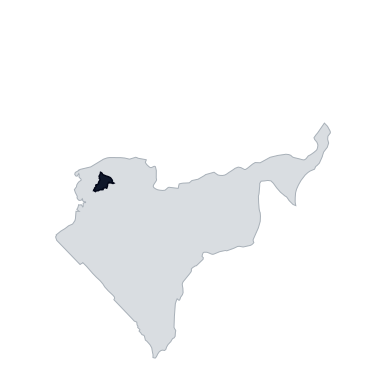 location of Kupe-Manenguba, Sud-Ouest, Cameroon, rotated 46°
{"feature_id": "32672807B45405319599490", "entity_name": "Kupe-Manenguba", "entity_type": "district", "adm_level": 2, "iso_a3": "CMR", "parent_name": "Cameroon", "parent_adm1": "Sud-Ouest", "projection": "mercator", "projection_center": [9.612, 5.042], "detail": "fine", "context": "in_parent", "style": "filled", "palette": "ink", "viewbox_px": 384, "rotation_deg": 46, "n_neighbors": 0, "source": "geoboundaries", "source_scale": "gbopen_adm2", "svg_char_len": 4649}
<svg xmlns="http://www.w3.org/2000/svg" viewBox="0 0 384 384"><g transform="rotate(46 192 192)"><path d="M97.5,258.5L98.2,256.5L103.6,247.4L106.9,232.9L108.5,229.4L110.1,227.2L117.8,219.4L120.7,216.9L125.0,214.1L127.9,208.4L128.9,207.8L130.3,207.3L137.0,202.5L137.6,203.4L138.0,204.6L138.5,205.1L140.7,205.5L143.7,205.4L145.4,205.1L146.3,204.1L147.2,201.4L147.8,200.9L148.5,200.8L151.7,202.7L157.1,208.0L158.5,208.9L159.1,209.9L160.2,214.7L160.9,215.9L162.1,216.4L164.1,216.1L166.3,215.3L168.2,214.0L170.1,212.4L171.4,211.0L172.0,210.0L172.2,206.0L172.7,205.2L179.7,199.5L179.5,198.9L178.3,197.3L177.3,195.6L178.4,193.7L179.4,192.3L183.5,187.6L183.7,184.1L187.0,178.8L188.8,171.6L188.9,170.2L193.1,162.4L197.6,161.6L199.3,160.5L201.3,158.6L202.5,156.8L203.1,155.0L203.6,151.7L204.4,147.9L204.9,144.5L206.2,141.5L208.4,139.9L212.3,138.6L212.9,138.0L213.4,135.9L214.0,129.1L214.7,126.1L218.3,122.7L219.8,117.3L221.3,111.7L225.3,104.9L230.1,98.2L232.3,96.4L234.2,95.5L236.4,95.4L237.8,94.9L243.0,91.6L245.1,90.4L246.7,89.2L247.1,88.2L247.3,86.7L246.8,83.3L247.6,80.7L248.2,76.7L248.4,73.6L248.2,72.5L247.2,70.7L245.7,68.8L243.1,67.6L239.6,67.3L237.7,66.6L237.0,63.0L236.8,60.8L234.4,48.9L238.9,48.9L244.3,50.4L245.6,51.4L246.3,55.5L248.3,57.8L251.7,59.7L253.8,63.6L254.7,69.5L256.6,73.1L257.0,73.6L259.7,80.3L259.8,83.4L259.6,85.4L260.7,88.0L259.0,92.4L258.5,95.1L258.4,98.8L259.4,105.5L260.9,110.6L262.6,114.8L264.5,118.0L267.6,121.5L270.9,124.8L273.9,126.8L271.1,128.0L265.6,128.1L262.4,127.5L260.9,127.4L259.4,127.9L253.6,128.5L247.7,128.2L242.2,127.4L238.8,127.5L236.3,129.5L234.2,132.4L232.2,134.8L232.9,137.4L234.4,138.8L237.2,142.0L239.8,145.0L241.1,147.1L246.1,151.6L251.0,155.6L253.3,157.0L254.2,157.3L256.9,159.5L260.5,163.3L263.9,169.2L268.7,181.0L269.7,182.0L271.3,182.6L271.5,183.9L271.4,185.7L270.9,187.2L267.1,193.4L263.8,195.8L262.8,197.2L261.6,200.8L258.5,207.8L257.2,208.7L254.2,213.5L251.8,219.5L251.2,220.4L250.2,221.1L246.7,222.6L245.5,223.3L243.7,225.2L243.5,226.4L244.3,228.1L245.3,229.5L247.1,229.5L248.1,230.8L248.1,240.0L247.3,241.4L247.3,242.0L246.9,243.6L246.8,245.4L247.0,246.1L247.8,246.6L248.7,247.9L249.2,250.7L250.4,260.7L251.0,262.3L251.9,263.4L255.0,265.5L258.2,268.3L259.2,270.2L259.8,273.2L261.0,275.6L261.0,276.4L260.5,276.7L258.5,276.9L259.2,278.6L260.8,281.6L269.0,290.8L276.9,299.0L278.8,299.6L280.1,299.8L280.7,300.3L281.5,301.5L284.1,304.4L284.5,306.2L284.0,307.8L284.6,310.4L285.0,311.3L284.9,312.1L285.1,315.3L285.9,318.0L287.1,320.3L286.9,321.9L285.4,322.9L284.5,324.4L284.2,326.5L284.7,329.1L285.8,332.1L285.9,333.9L284.0,335.1L281.9,333.0L279.6,331.6L276.1,329.2L272.6,328.3L268.0,328.1L266.1,328.4L262.7,326.4L261.6,326.2L260.1,327.0L259.1,327.0L257.8,326.7L255.2,326.7L255.0,325.3L254.5,325.0L251.8,325.2L250.9,324.0L250.5,324.1L249.4,323.8L247.2,322.1L244.8,323.2L239.9,323.1L215.2,323.0L214.7,321.5L213.4,320.7L211.2,320.6L204.7,320.9L199.6,320.7L196.3,320.0L192.1,319.7L186.9,320.0L181.6,320.0L172.1,319.5L166.9,319.6L167.0,320.5L166.7,321.2L166.4,322.9L132.9,322.9L130.2,321.7L129.4,321.0L129.1,319.6L128.5,319.5L129.0,313.6L130.1,308.8L130.6,304.2L132.1,300.2L131.3,296.2L130.3,294.5L125.3,288.8L127.6,286.6L124.5,286.9L123.9,284.8L122.4,282.3L123.3,281.9L124.2,280.5L126.9,280.9L126.8,280.3L124.5,278.1L124.7,277.1L125.7,275.9L125.2,275.4L123.5,276.6L122.2,276.6L121.3,275.8L120.6,275.6L121.0,277.3L120.0,278.7L119.1,279.2L117.6,279.1L116.3,278.8L115.9,277.9L114.7,277.3L111.4,276.3L108.6,275.0L108.0,271.5L106.9,270.0L106.4,268.4L106.1,266.4L106.5,263.5L105.8,263.0L105.0,262.8L103.8,263.0L102.6,262.8L101.3,261.2L100.1,260.6L100.8,263.6L100.0,264.4L98.0,264.2L97.1,263.0L96.9,262.2L97.9,258.5L97.5,258.5Z" fill="#d9dde1" stroke="#a8b0b8" stroke-width="1"/><path d="M130.2,243.5L130.7,243.1L131.2,242.6L131.4,242.0L130.2,242.3L129.0,242.1L128.4,241.7L128.3,241.2L125.9,240.8L124.9,240.8L122.7,241.6L120.8,242.7L119.1,243.4L117.6,244.1L117.2,244.0L115.9,243.7L115.0,243.8L114.3,244.1L115.4,245.6L116.1,247.9L117.2,248.4L117.7,249.2L118.2,249.2L118.8,249.3L119.3,249.7L119.8,251.1L120.0,252.2L120.2,252.6L120.6,252.8L120.9,253.2L121.0,254.3L120.9,255.1L120.8,255.5L120.6,255.5L120.3,255.7L120.2,256.1L120.4,256.6L120.9,256.9L121.4,257.1L121.5,257.7L121.5,259.1L121.6,259.6L122.5,260.0L122.7,260.4L122.2,261.2L122.6,261.8L123.1,261.1L124.0,261.4L124.7,261.1L124.6,260.1L126.1,258.3L126.3,256.7L127.4,255.6L128.4,254.5L128.5,254.3L128.4,254.1L127.7,253.7L127.7,253.2L128.7,251.1L129.1,251.0L129.8,250.9L130.0,250.6L128.8,248.4L127.9,247.7L127.4,246.0L127.2,245.2L127.3,244.8L128.2,244.9L128.5,244.8L129.1,243.7L129.4,243.5L130.2,243.5Z" fill="#0f172a" stroke="#020617" stroke-width="1.5"/></g></svg>